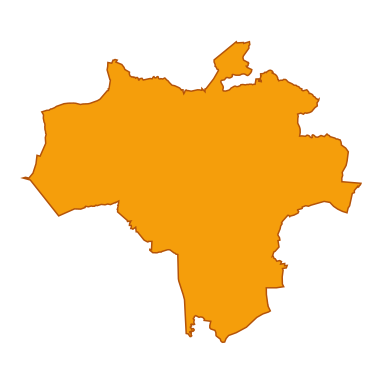 the district of Tototlán, Jalisco, Mexico
{"feature_id": "50627088B76756657646765", "entity_name": "Tototlán", "entity_type": "district", "adm_level": 2, "iso_a3": "MEX", "parent_name": "Mexico", "parent_adm1": "Jalisco", "projection": "albers", "projection_center": [-102.723, 20.538], "detail": "fine", "context": "isolated", "style": "filled", "palette": "amber", "viewbox_px": 384, "rotation_deg": 0, "n_neighbors": 0, "source": "geoboundaries", "source_scale": "gbopen_adm2", "svg_char_len": 5862}
<svg xmlns="http://www.w3.org/2000/svg" viewBox="0 0 384 384"><path d="M318.9,99.1L318.3,99.6L317.6,99.5L316.8,98.7L316.2,98.7L314.9,97.0L313.5,96.3L312.5,94.6L310.3,93.4L309.2,93.5L308.7,92.0L306.8,89.8L303.1,90.8L302.6,90.6L301.7,90.0L301.9,88.9L299.9,88.1L298.8,86.7L297.1,86.2L296.1,85.3L294.1,85.2L292.1,83.8L288.2,82.0L286.2,79.9L285.5,79.5L283.6,79.4L282.5,80.3L280.8,80.2L278.8,80.8L278.3,79.6L277.8,79.5L277.7,77.9L276.7,75.9L275.5,74.6L272.2,72.9L273.0,72.2L271.8,70.7L270.3,70.2L269.1,70.4L267.5,71.4L266.5,72.1L266.4,72.5L265.0,72.2L264.2,73.0L262.9,73.6L260.6,73.8L260.7,76.0L261.1,76.0L260.1,78.7L260.2,80.3L261.2,80.4L261.3,81.7L258.7,81.2L258.9,78.9L256.0,79.0L255.1,84.3L253.7,84.3L252.5,84.7L251.6,84.2L249.2,84.2L248.3,84.6L247.1,84.4L245.4,84.9L242.9,84.5L240.9,84.7L240.1,85.7L237.8,86.6L236.5,86.6L235.2,86.1L234.2,86.3L230.9,88.2L229.8,89.6L228.9,90.1L225.6,91.1L223.3,90.9L222.8,89.8L223.3,87.7L223.1,86.3L220.9,82.3L220.8,81.3L221.5,80.4L224.4,79.8L226.3,77.6L227.4,77.5L229.2,78.0L230.5,77.7L232.1,76.7L232.3,76.1L232.2,74.8L232.8,74.4L235.9,75.2L238.7,75.2L239.9,75.1L241.6,74.2L243.3,73.9L244.8,74.1L247.0,75.4L247.8,75.5L249.1,74.6L250.8,72.7L251.5,71.3L251.8,69.6L247.1,67.4L246.3,66.2L247.6,66.0L248.0,65.6L248.1,64.6L248.7,63.2L248.3,62.5L247.8,62.7L247.5,62.2L243.6,60.1L242.9,57.8L243.3,56.1L248.9,48.2L248.8,45.7L249.8,44.7L249.4,41.7L243.7,43.4L243.5,42.5L236.9,42.9L236.3,41.7L214.1,59.9L214.1,62.0L215.2,64.7L215.1,66.4L215.9,66.8L217.2,69.4L218.2,69.5L218.4,70.6L213.6,78.9L206.1,88.6L205.0,89.0L205.0,91.7L201.9,88.5L201.9,90.2L201.2,90.3L199.9,89.9L197.5,89.8L191.2,91.2L187.7,90.5L187.0,90.7L186.2,90.0L185.3,90.4L184.6,92.3L183.8,93.7L183.0,91.2L183.1,89.9L181.5,89.7L181.3,90.0L180.0,88.3L178.9,87.6L174.6,85.7L172.0,85.2L169.2,82.4L168.3,81.1L166.3,79.6L165.3,78.3L164.6,78.0L162.7,79.0L160.8,78.6L160.0,79.0L159.1,78.8L158.6,78.4L158.2,76.9L157.7,76.6L157.0,76.8L155.9,77.9L154.8,77.8L153.9,76.6L153.3,76.9L152.1,78.8L150.1,78.5L143.2,80.0L142.0,78.3L140.0,78.6L139.1,80.0L138.6,80.0L138.2,78.5L137.5,77.6L137.0,77.4L135.5,78.2L134.8,77.2L133.5,77.4L133.0,76.8L132.0,77.1L130.0,75.9L129.3,73.9L129.5,72.2L124.9,69.5L123.9,67.2L121.8,64.5L115.9,62.1L117.2,60.1L115.0,59.5L113.7,60.2L113.1,60.1L111.7,63.2L107.9,62.5L107.7,66.4L107.1,69.9L109.9,79.6L110.4,80.0L109.0,88.8L108.3,88.8L108.4,90.5L107.3,90.7L100.0,99.2L97.4,100.7L89.9,103.4L87.9,103.8L82.8,104.0L80.5,104.5L75.9,103.3L73.7,103.1L68.3,103.2L64.0,103.7L56.4,106.4L54.7,107.6L51.7,108.9L50.6,109.0L49.1,110.2L46.8,110.3L41.8,111.9L43.5,114.9L43.3,118.2L44.1,122.1L44.7,123.3L45.0,125.1L44.8,126.7L45.0,129.7L45.5,131.3L45.7,133.5L46.2,134.2L45.3,137.6L45.7,143.4L40.1,156.2L37.0,155.3L36.0,163.8L33.0,173.1L28.9,178.1L25.5,177.3L23.0,178.0L30.3,180.0L58.7,215.9L74.5,208.9L80.8,209.1L84.9,207.6L84.7,207.3L85.7,206.3L88.3,206.8L91.5,206.0L92.3,206.3L94.8,206.2L95.5,205.3L96.1,205.2L97.0,205.7L101.3,204.4L105.1,204.8L107.7,204.0L110.5,204.6L115.2,202.5L115.3,202.8L118.7,201.0L118.5,203.7L117.8,205.4L118.3,205.6L117.3,209.3L117.7,209.3L117.6,211.9L127.7,220.8L127.4,221.2L127.5,221.5L130.8,221.1L130.1,222.0L130.4,222.2L129.6,223.6L129.4,225.4L131.2,225.4L131.4,226.5L130.8,228.5L131.9,228.6L132.9,229.2L135.7,227.2L136.2,231.8L137.5,231.9L144.1,240.1L147.5,241.9L148.1,241.9L148.5,241.4L151.9,241.4L151.5,249.6L149.8,249.3L149.8,250.2L152.8,252.7L157.0,252.8L159.0,252.1L161.4,252.0L161.9,251.5L167.3,249.8L168.9,249.7L170.2,250.0L174.0,252.9L174.9,253.1L175.9,254.1L177.8,254.5L178.4,278.9L178.8,281.1L183.2,294.7L184.5,299.7L186.2,333.5L188.2,333.9L190.0,336.5L190.8,336.6L191.7,335.8L191.2,335.1L191.2,333.1L190.0,332.8L189.7,331.9L190.8,331.4L191.2,331.7L191.2,331.4L192.1,330.9L192.7,331.4L193.3,331.1L194.1,330.3L194.1,329.5L193.3,328.6L192.7,328.6L191.7,329.2L191.3,328.1L190.4,327.7L190.3,327.0L191.6,325.9L191.6,325.5L190.9,324.8L191.2,324.2L192.0,324.1L193.7,324.7L194.6,324.2L193.9,322.9L193.9,321.2L194.3,319.9L193.4,319.1L193.3,318.5L194.1,317.7L194.4,316.5L195.8,315.6L199.0,317.3L200.8,316.9L202.8,317.4L204.4,319.1L204.1,320.4L210.8,321.3L209.8,325.5L209.8,327.8L210.9,329.0L215.0,330.4L215.9,332.7L216.0,335.4L216.3,336.0L220.4,339.2L220.7,340.7L221.6,341.8L222.7,342.3L224.7,342.0L226.1,338.5L228.6,335.5L236.2,332.7L246.4,327.2L256.8,317.4L262.9,313.9L268.5,312.0L270.3,310.9L267.9,305.8L268.1,305.1L267.8,304.8L266.4,294.6L266.3,287.8L276.3,287.8L283.7,286.7L282.4,284.1L282.2,277.0L283.1,270.3L282.5,268.5L286.3,267.9L287.2,265.4L284.6,265.7L284.7,263.5L280.6,264.1L281.5,261.6L279.7,260.6L276.8,261.2L275.3,258.9L274.0,258.3L273.0,255.8L272.4,256.2L273.8,252.0L275.1,251.3L279.0,247.0L278.0,240.6L279.9,240.1L279.5,237.7L278.0,235.3L277.9,234.2L280.1,228.9L280.7,225.9L282.0,224.0L282.0,223.4L281.5,222.9L282.7,221.0L287.8,215.3L288.8,215.4L289.7,216.5L289.8,216.2L294.0,215.1L298.0,213.1L298.7,211.6L297.5,210.2L297.6,209.8L301.8,208.6L302.2,208.3L302.2,207.1L305.7,205.7L308.5,206.2L311.2,205.1L324.1,201.4L329.9,202.4L333.6,206.3L337.7,209.1L342.5,211.4L347.0,212.8L348.1,208.1L349.6,205.8L352.3,193.4L354.4,192.6L354.3,190.7L355.0,189.7L357.7,186.4L358.1,187.2L358.9,186.7L359.2,185.8L360.1,185.1L360.9,183.7L361.0,183.3L341.9,181.7L341.8,178.0L342.7,175.4L342.2,172.4L346.1,165.5L347.1,161.0L348.3,151.8L345.7,148.1L341.5,145.1L341.0,142.0L340.1,139.9L338.5,139.5L337.8,139.0L336.2,139.0L335.0,138.1L330.0,136.6L329.4,135.6L328.3,135.2L327.0,134.0L324.3,136.6L321.0,135.5L317.8,137.2L315.7,137.0L314.2,135.5L312.9,134.8L312.3,135.1L312.0,135.8L312.2,137.5L311.5,137.7L310.4,137.2L309.1,135.8L307.7,135.2L306.7,135.3L305.5,136.3L301.9,135.9L299.6,136.1L300.2,132.5L300.1,129.1L299.5,126.9L297.7,123.1L297.8,118.4L298.2,116.3L297.6,114.1L300.8,113.1L303.4,114.2L305.0,112.9L306.8,113.2L309.7,112.5L311.7,111.5L314.9,107.7L317.3,105.9L317.0,102.9L318.6,100.6L318.9,99.1Z" fill="#f59e0b" stroke="#b45309" stroke-width="1.5"/></svg>